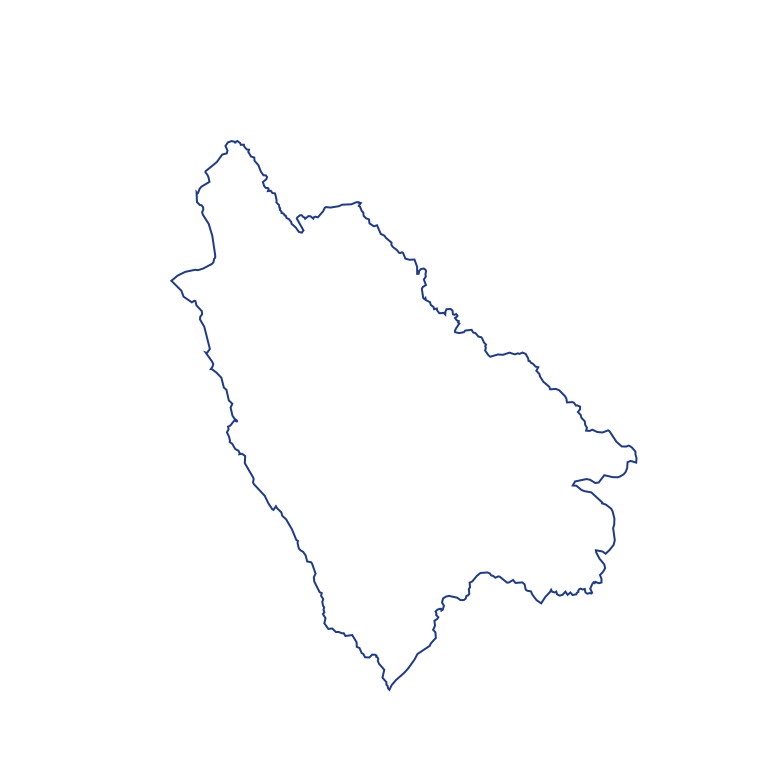 Moramanga, Alaotra-Mangoro, Madagascar (Albers equal-area conic projection), rotated 328°
{"feature_id": "10022922B82658288648411", "entity_name": "Moramanga", "entity_type": "district", "adm_level": 2, "iso_a3": "MDG", "parent_name": "Madagascar", "parent_adm1": "Alaotra-Mangoro", "projection": "albers", "projection_center": [48.208, -18.729], "detail": "fine", "context": "isolated", "style": "outline", "palette": "blue", "viewbox_px": 768, "rotation_deg": 328, "n_neighbors": 0, "source": "geoboundaries", "source_scale": "gbopen_adm2", "svg_char_len": 6150}
<svg xmlns="http://www.w3.org/2000/svg" viewBox="0 0 768 768"><g transform="rotate(328 384 384)"><path d="M223.9,588.6L221.6,592.5L223.3,594.8L222.5,600.4L223.4,602.0L223.1,605.7L226.7,608.2L230.5,607.2L233.1,609.0L233.7,610.4L232.8,611.2L233.6,612.4L233.5,614.1L232.0,615.5L231.5,618.6L232.8,626.5L227.1,632.2L228.0,638.1L226.7,640.3L227.1,641.8L226.2,644.3L226.5,646.2L231.2,643.3L237.4,641.4L248.3,639.6L254.1,637.9L263.8,633.9L269.3,630.7L284.1,630.3L286.0,628.9L293.4,626.8L296.0,621.9L295.4,618.5L299.2,616.0L301.3,611.5L304.5,611.5L306.5,610.6L305.8,607.5L306.7,606.8L307.2,604.2L309.7,603.7L312.4,604.3L313.2,604.9L312.6,606.6L314.3,606.5L317.3,603.8L317.4,600.1L320.4,597.2L323.7,597.1L326.8,598.1L332.8,604.0L334.3,607.7L337.1,609.5L339.6,609.3L341.6,607.3L343.3,607.9L345.2,607.1L347.2,602.9L349.2,602.0L351.3,597.9L354.2,598.2L361.2,595.9L365.7,595.4L371.8,598.6L373.3,600.6L373.5,603.2L374.8,604.5L375.8,607.3L378.8,607.7L380.0,608.6L383.1,617.7L384.7,618.5L389.6,618.6L390.1,622.4L396.1,625.5L397.1,628.3L395.2,633.6L396.1,635.4L398.7,637.7L398.2,640.8L398.8,648.1L401.1,653.3L407.9,650.1L414.4,648.4L416.7,647.1L416.5,649.3L418.4,651.3L420.1,651.4L419.3,654.1L420.9,656.6L423.7,657.4L427.8,656.2L428.0,660.1L431.6,659.6L432.1,662.9L435.6,664.2L436.9,663.3L438.7,663.3L439.2,662.2L440.8,661.5L442.3,661.7L443.5,663.5L445.7,664.2L444.5,667.1L444.7,668.4L445.5,669.7L447.7,670.3L448.9,671.6L449.9,671.3L450.4,666.9L454.3,664.2L456.7,663.2L457.2,664.5L458.4,663.8L460.6,666.8L463.2,667.6L465.1,664.6L466.0,660.4L470.4,659.3L474.0,657.3L475.2,653.6L474.2,646.3L474.7,639.3L475.6,637.3L480.6,641.9L482.0,645.4L487.3,644.3L493.5,642.1L497.0,638.7L501.9,627.7L504.8,625.1L508.1,620.2L510.3,613.4L510.6,610.2L508.3,603.9L505.7,600.8L506.3,600.2L502.4,585.8L497.0,580.9L495.3,578.4L493.2,572.2L490.3,570.1L494.4,567.9L505.3,571.9L508.0,574.4L510.7,579.9L513.9,581.3L522.5,578.1L528.6,584.2L532.8,587.0L534.9,587.5L539.4,587.6L542.4,586.6L545.7,584.1L549.2,579.3L552.4,580.0L556.2,584.3L558.9,580.6L559.8,577.3L561.4,574.6L560.6,569.2L559.4,566.6L558.6,565.8L556.2,565.4L552.5,562.9L550.5,556.1L550.2,543.5L549.6,542.1L543.6,540.9L539.5,537.8L536.4,533.1L533.6,532.8L530.7,530.7L532.9,528.7L533.0,525.2L534.5,522.0L533.5,517.4L534.4,514.5L533.6,510.5L536.9,509.3L538.3,507.1L536.5,504.5L535.4,504.1L535.1,500.5L534.2,499.2L529.4,496.6L530.9,493.1L531.1,490.4L529.2,482.1L527.1,479.2L522.1,476.6L522.7,473.9L520.3,466.6L520.3,460.5L521.1,457.7L520.2,453.5L523.7,451.5L521.7,449.5L521.1,446.0L519.7,443.5L519.8,441.8L518.8,441.0L519.8,438.8L520.1,433.6L518.2,430.8L514.9,430.3L513.7,428.9L510.7,428.2L507.0,423.9L500.4,422.3L496.2,419.3L488.6,417.2L487.8,414.9L487.5,409.1L489.5,407.4L489.9,405.5L491.4,404.7L490.8,401.8L491.4,397.0L491.2,395.8L489.2,393.8L488.6,389.5L486.9,387.5L487.0,384.5L481.2,381.7L479.2,382.4L474.8,380.7L471.8,377.8L472.4,376.4L474.8,374.9L480.0,372.6L479.4,371.2L480.7,370.3L479.5,368.8L479.2,365.6L482.0,365.5L482.5,364.9L482.3,362.9L480.3,362.6L479.4,361.4L481.0,358.0L480.2,355.7L476.6,353.7L474.4,355.2L472.8,357.5L472.4,355.4L468.4,353.3L468.1,349.7L468.8,348.0L466.1,347.1L466.8,345.1L465.6,341.6L466.4,339.0L464.0,335.1L464.7,333.1L463.4,333.6L462.8,331.9L466.5,323.4L468.1,322.3L472.0,322.3L473.2,316.5L476.4,315.0L477.3,312.9L479.5,310.6L479.7,308.9L478.9,307.1L476.0,306.1L473.8,306.7L471.8,308.9L470.5,308.2L474.2,302.1L475.8,294.6L471.4,292.1L468.6,289.0L469.6,282.9L469.0,281.8L467.1,281.5L466.3,280.6L465.9,277.3L464.1,272.4L464.0,269.9L465.3,268.1L463.1,261.2L462.9,258.2L460.8,255.0L462.2,245.7L459.0,244.9L456.8,240.1L458.5,236.4L456.6,234.0L455.8,230.7L457.3,227.6L456.8,225.5L457.6,221.0L457.0,219.6L460.2,218.2L458.4,216.7L458.7,216.2L456.8,215.2L451.5,214.3L443.6,209.8L439.9,209.3L432.1,206.0L428.5,203.2L427.1,203.2L424.0,205.2L416.2,207.6L414.4,205.7L412.8,205.5L411.7,206.3L410.6,202.9L408.9,201.6L404.7,202.1L404.9,200.6L404.1,199.8L403.6,197.2L402.2,196.4L398.7,196.8L397.7,197.6L397.1,211.1L394.5,212.1L392.4,209.9L392.1,204.5L390.5,199.1L391.2,197.5L390.7,193.6L389.3,191.7L389.9,189.1L389.0,188.4L389.2,186.3L387.7,184.7L388.4,183.7L388.0,181.1L389.1,179.9L388.7,179.1L389.8,176.6L389.0,173.0L390.3,171.3L392.6,164.7L390.5,162.8L390.4,160.1L387.8,158.9L389.4,157.7L389.6,156.6L387.6,154.9L387.3,152.7L388.3,148.5L392.7,148.0L394.5,146.6L394.3,144.4L392.4,143.1L392.1,138.8L393.4,131.9L392.5,126.0L394.0,123.2L391.8,120.7L391.9,115.2L393.7,113.8L391.9,112.3L391.3,108.5L392.0,106.8L389.3,105.3L389.7,103.6L388.4,100.2L386.4,100.1L385.5,101.2L385.9,99.6L383.4,97.2L379.6,96.4L375.7,98.1L375.0,103.0L372.9,105.1L368.4,103.7L359.8,107.2L345.4,109.0L344.7,110.0L345.1,112.8L344.7,115.7L343.1,120.1L333.8,119.9L331.0,120.8L327.6,123.4L326.7,123.6L326.6,122.2L321.8,130.6L322.7,134.6L324.0,135.7L324.2,138.4L323.1,140.4L320.8,141.9L320.1,144.5L320.2,155.3L316.9,167.4L309.1,185.3L307.8,187.4L306.5,187.7L303.8,190.4L301.7,191.0L291.5,190.2L286.4,188.8L284.5,187.1L275.0,183.6L266.6,182.7L258.4,183.8L261.6,197.5L260.3,203.7L264.3,212.9L267.2,212.9L268.0,213.8L266.6,217.9L268.1,225.7L266.7,228.5L263.8,229.6L262.2,231.7L261.9,240.3L254.9,262.0L250.3,263.9L249.4,262.8L250.1,273.8L249.7,276.7L247.8,278.4L245.1,279.6L245.8,280.0L247.9,285.4L249.4,292.5L246.3,302.2L247.3,305.4L243.7,315.7L244.9,320.4L241.4,322.7L238.7,330.5L238.8,334.1L239.9,337.1L239.6,337.8L239.1,337.6L237.9,335.6L231.6,337.8L229.2,337.5L228.2,340.1L225.2,341.7L224.7,346.2L223.5,350.2L222.4,351.6L223.6,354.1L223.4,360.4L225.2,363.3L225.0,365.9L224.1,366.9L226.6,367.9L228.1,371.5L224.0,377.4L223.5,393.9L223.1,395.6L220.8,398.0L220.6,400.1L223.6,415.7L222.7,424.1L222.9,430.9L223.5,432.2L227.6,430.4L227.5,432.8L228.9,438.5L227.9,442.0L229.3,446.9L228.9,458.6L227.0,469.8L227.8,471.4L226.4,473.1L224.6,478.4L225.1,480.9L226.5,483.6L226.7,487.9L224.8,493.8L227.7,496.5L227.8,498.3L225.5,508.5L222.1,510.7L220.2,514.6L219.1,526.4L220.4,528.3L218.4,530.3L218.5,534.2L216.3,536.0L214.8,539.6L214.9,541.7L213.0,543.5L212.5,546.0L210.3,546.7L210.3,551.6L206.6,555.3L207.0,562.2L210.5,563.9L211.8,568.9L214.2,570.3L216.2,573.1L217.8,574.0L217.7,577.2L224.0,580.1L223.9,588.6Z" fill="none" stroke="#1e3a8a" stroke-width="2"/></g></svg>